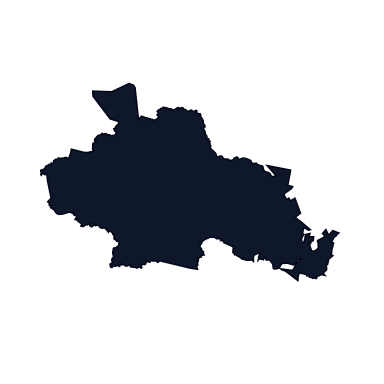 outline of Mezquital, Durango, Mexico, rotated 103°
{"feature_id": "50627088B27978292872391", "entity_name": "Mezquital", "entity_type": "district", "adm_level": 2, "iso_a3": "MEX", "parent_name": "Mexico", "parent_adm1": "Durango", "projection": "robinson", "projection_center": [-104.475, 23.057], "detail": "fine", "context": "isolated", "style": "filled", "palette": "ink", "viewbox_px": 384, "rotation_deg": 103, "n_neighbors": 0, "source": "geoboundaries", "source_scale": "gbopen_adm2", "svg_char_len": 6068}
<svg xmlns="http://www.w3.org/2000/svg" viewBox="0 0 384 384"><g transform="rotate(103 192 192)"><path d="M249.9,79.0L254.5,68.9L250.1,69.6L246.7,69.2L246.6,62.6L247.1,61.5L248.0,61.1L246.8,58.9L248.5,58.6L248.2,57.9L248.6,57.2L248.3,56.0L249.0,55.1L248.1,53.3L248.6,52.1L248.0,51.1L247.0,51.2L245.3,50.5L245.1,49.3L243.4,47.5L243.3,43.7L241.8,46.0L237.3,43.3L232.8,44.8L232.2,43.6L226.5,43.6L222.4,40.4L222.1,41.9L217.1,42.7L209.9,42.5L209.6,44.8L204.0,43.3L201.9,41.4L200.7,41.3L198.9,39.7L197.9,46.1L202.7,48.8L202.7,49.7L198.5,53.1L203.1,55.5L204.3,53.4L206.2,53.1L211.0,58.7L212.2,58.5L214.0,57.3L216.1,57.1L217.2,56.1L219.3,57.1L220.5,56.9L220.1,57.6L221.9,59.2L222.6,62.1L215.9,66.3L215.7,64.8L214.3,65.1L212.0,62.9L208.2,63.4L209.0,66.6L208.6,68.1L205.9,67.7L207.9,71.9L210.9,71.7L212.6,71.0L212.7,71.5L215.9,71.8L216.2,73.8L212.7,74.8L208.6,73.7L207.9,73.7L207.9,74.9L203.2,75.1L201.4,74.5L203.1,70.1L202.1,68.2L196.3,79.5L194.9,83.0L193.2,85.6L188.3,81.5L174.9,90.3L178.5,94.1L176.1,96.3L178.1,97.8L174.2,101.8L172.3,101.2L166.4,95.9L164.1,95.1L163.9,100.2L148.5,100.8L149.3,124.8L157.3,113.8L159.0,116.8L158.0,119.4L157.0,119.4L156.8,120.5L156.1,120.8L155.5,125.8L154.7,127.0L151.6,128.4L151.5,129.3L150.7,129.4L150.9,131.9L150.4,134.6L149.4,136.0L150.0,136.8L150.5,140.2L148.1,141.8L147.2,146.5L147.4,149.9L149.5,153.1L149.5,154.2L148.5,154.7L147.7,156.2L148.6,156.9L149.2,158.5L150.5,158.7L152.3,160.3L152.6,162.5L151.8,164.8L152.5,166.9L152.4,168.4L152.2,169.2L151.4,169.6L150.3,171.2L150.6,172.8L152.1,174.3L151.9,175.7L148.9,177.7L145.1,184.0L142.5,184.2L141.9,185.3L141.0,185.2L139.9,186.1L139.8,186.8L139.0,185.7L138.4,185.9L137.7,187.6L136.4,187.7L137.0,189.4L134.2,190.0L133.4,191.4L129.8,193.1L128.3,194.7L126.6,195.1L125.6,193.9L123.8,194.7L122.9,196.3L119.8,197.2L117.1,199.7L116.6,200.7L115.1,200.7L114.0,201.4L114.1,202.3L114.7,202.5L114.8,203.7L114.1,203.8L113.5,205.7L111.9,205.3L111.6,205.9L111.7,206.9L112.8,207.8L113.3,208.8L112.3,210.9L113.2,212.7L114.2,213.3L114.4,214.4L113.1,216.9L113.0,218.7L112.0,219.9L112.0,220.8L113.8,223.7L113.6,224.3L112.8,224.1L112.9,224.8L116.1,228.1L116.2,229.7L115.7,230.7L116.0,235.1L115.5,235.8L116.1,237.1L115.7,238.5L115.9,239.3L117.2,240.0L117.8,241.4L119.0,241.7L119.1,242.6L120.3,243.6L121.4,244.1L122.7,242.3L124.8,243.5L125.9,241.1L128.9,242.7L130.7,245.3L130.2,246.7L131.2,247.1L129.8,249.0L130.5,250.3L129.8,252.2L130.1,253.6L129.4,258.0L129.9,258.6L133.6,260.4L103.2,270.9L101.1,273.0L100.4,277.7L112.4,292.8L116.0,311.4L121.0,310.0L139.2,288.2L139.9,279.4L143.3,278.8L143.3,279.9L143.8,279.9L145.3,281.1L147.6,281.3L148.0,282.4L150.0,281.1L149.9,279.3L152.8,279.5L154.5,280.5L154.6,281.9L155.5,282.8L154.9,284.4L155.1,287.6L154.4,289.0L155.2,291.1L155.8,291.5L155.1,292.9L156.7,293.7L158.1,296.4L162.5,298.7L164.0,298.5L165.5,296.4L166.4,299.2L167.6,299.5L172.7,298.5L174.7,297.2L175.1,297.8L175.4,299.3L176.1,300.3L176.0,300.9L176.7,301.3L176.7,302.1L177.3,302.6L177.1,303.5L177.7,306.0L177.4,319.2L180.5,319.0L187.2,319.6L186.6,322.8L187.4,324.1L188.2,324.7L187.9,325.7L188.8,327.1L188.9,329.9L189.8,329.8L191.0,332.5L192.8,333.8L194.9,333.6L195.3,334.0L195.5,335.6L196.6,334.9L197.3,337.6L198.7,338.6L199.5,340.1L202.7,341.0L204.9,344.3L206.2,344.0L207.2,343.0L209.1,343.3L209.6,342.6L208.4,342.5L207.5,340.9L207.0,341.0L207.1,340.5L208.2,339.9L208.3,339.2L207.7,338.4L207.1,338.5L207.0,337.6L213.6,335.3L229.8,327.9L234.0,330.4L234.8,328.8L234.8,329.1L235.2,328.5L236.5,328.2L236.0,327.8L236.2,327.4L236.7,327.9L237.3,327.4L237.4,325.6L237.6,326.5L238.8,326.5L239.3,326.1L239.0,325.0L239.8,324.3L240.2,322.2L240.9,322.0L243.2,319.3L243.8,316.9L242.5,312.8L239.4,307.4L239.2,305.5L239.5,304.3L239.0,304.2L238.3,303.1L239.2,303.5L240.4,302.4L241.2,301.3L240.6,301.0L241.0,299.6L242.0,298.8L245.1,299.8L245.0,298.3L247.0,294.8L247.1,293.4L248.5,292.1L250.2,292.7L250.3,290.6L249.1,289.1L248.1,288.7L247.5,286.4L246.5,286.1L246.1,285.1L247.9,284.0L248.0,283.1L248.7,282.1L246.4,279.9L244.9,280.0L245.1,279.2L246.4,278.8L246.6,278.3L245.2,276.2L245.4,275.2L246.9,274.5L246.8,273.8L247.7,272.2L246.8,269.4L247.2,267.8L249.9,264.6L248.9,264.6L248.7,263.9L249.3,260.5L250.7,260.0L252.1,258.1L254.6,257.7L255.6,257.0L255.6,256.0L257.0,254.1L257.0,253.0L256.4,252.0L257.6,251.4L259.0,251.8L259.7,251.3L261.6,252.0L262.0,252.8L263.1,253.2L264.0,254.8L263.9,255.4L264.8,255.9L269.4,255.6L272.7,253.7L274.3,254.7L276.4,255.0L278.6,253.7L280.8,255.7L283.5,254.4L283.6,253.2L282.7,252.3L281.7,252.2L281.2,251.6L281.6,250.6L281.4,249.4L281.0,249.1L280.5,249.5L279.9,248.1L280.1,247.4L281.0,246.8L280.8,245.7L279.9,245.8L277.8,244.8L278.8,244.2L278.1,242.1L279.2,239.8L278.3,237.9L276.8,236.1L277.0,235.1L278.5,235.3L278.8,234.8L278.2,230.2L278.6,228.8L276.7,226.1L277.6,224.5L276.9,223.9L275.7,224.8L273.9,224.5L273.7,223.4L273.1,223.1L273.5,222.2L273.3,221.7L272.2,220.9L270.5,220.8L269.7,219.5L270.0,217.5L269.4,216.8L267.9,216.6L267.6,215.9L268.1,215.0L267.3,211.8L268.3,209.5L266.3,207.9L266.6,176.7L266.0,169.2L263.8,170.5L263.0,170.7L261.9,169.9L260.7,170.8L260.0,170.4L258.5,171.2L258.1,170.4L256.6,170.5L256.0,171.4L255.2,171.6L254.8,171.2L254.8,170.2L253.5,169.6L253.6,168.9L253.1,168.9L253.0,168.3L251.6,168.4L250.6,166.0L249.9,166.8L247.7,167.3L246.6,169.6L245.1,170.0L244.0,171.7L241.0,172.3L240.4,171.1L238.1,171.0L235.2,168.5L232.0,164.2L231.4,161.9L231.8,161.1L231.1,161.6L230.8,161.0L231.9,157.7L232.0,156.4L231.1,155.7L231.1,154.5L231.7,154.1L231.5,153.1L232.2,152.6L232.8,153.0L232.2,150.8L233.3,150.5L233.3,150.0L234.5,149.1L234.1,148.4L234.5,147.9L236.0,140.2L237.4,138.7L238.1,139.2L241.7,138.6L242.3,137.3L243.7,136.3L243.2,134.8L243.9,134.0L245.2,129.6L246.0,128.6L246.2,122.7L244.8,118.8L245.8,116.4L242.2,117.4L239.7,117.4L235.7,112.5L243.6,112.2L241.9,111.3L242.0,107.2L238.9,106.6L241.7,104.3L240.6,101.3L244.1,97.1L248.1,95.6L248.6,94.5L246.8,90.1L241.5,88.4L239.9,83.0L240.3,76.5L239.4,75.4L233.6,73.8L233.1,72.5L233.5,71.9L233.2,72.1L233.0,71.4L239.7,74.4L245.8,76.3L246.9,88.2L247.5,87.5L248.0,83.6L249.9,79.0Z" fill="#0f172a" stroke="#020617" stroke-width="1.5"/></g></svg>